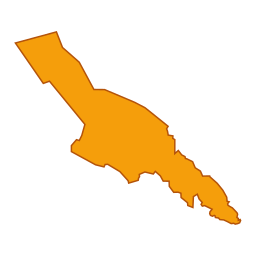 outline of Peshku, Bukhoro, Uzbekistan
{"feature_id": "79887680B78868749126062", "entity_name": "Peshku", "entity_type": "district", "adm_level": 2, "iso_a3": "UZB", "parent_name": "Uzbekistan", "parent_adm1": "Bukhoro", "projection": "mercator", "projection_center": [63.754, 40.677], "detail": "fine", "context": "isolated", "style": "filled", "palette": "amber", "viewbox_px": 256, "rotation_deg": 0, "n_neighbors": 0, "source": "geoboundaries", "source_scale": "gbopen_adm2", "svg_char_len": 1334}
<svg xmlns="http://www.w3.org/2000/svg" viewBox="0 0 256 256"><path d="M192.9,207.5L193.4,196.6L197.3,194.2L199.1,199.0L202.2,202.4L201.1,204.4L202.3,206.1L204.7,205.6L212.1,209.2L210.0,211.8L209.7,213.7L210.5,215.4L212.5,216.2L214.2,215.4L215.0,215.8L215.4,217.5L218.5,218.0L219.9,219.6L223.7,219.9L227.4,221.6L231.2,223.6L233.8,223.3L235.2,224.1L237.7,223.6L239.6,222.8L240.6,220.5L240.1,219.5L238.3,220.3L238.3,218.4L236.9,217.5L237.6,214.3L237.2,213.1L236.0,211.7L232.4,207.9L229.2,206.1L227.8,205.0L227.7,203.6L229.1,201.8L227.1,201.3L226.7,197.2L222.8,190.2L217.2,183.3L210.0,176.9L209.7,176.0L202.6,176.1L200.4,171.1L195.2,167.8L192.6,161.7L186.8,158.8L185.4,158.5L185.0,156.6L181.7,154.9L178.3,150.5L174.8,153.6L174.8,139.6L172.8,138.4L172.9,135.9L168.2,135.1L167.5,131.2L166.6,128.8L168.1,126.3L145.1,107.8L134.8,102.4L104.6,89.6L93.9,89.5L79.2,62.2L62.5,47.5L56.4,31.9L15.4,43.0L43.3,83.4L49.5,81.2L84.9,124.4L81.8,135.4L79.3,140.5L76.5,139.7L71.4,145.6L71.4,151.6L95.6,164.8L104.0,166.9L105.1,164.5L107.7,164.3L119.9,171.6L128.1,180.7L128.7,183.1L138.2,180.3L138.6,178.0L139.5,176.7L139.3,174.4L144.9,172.0L153.3,174.0L155.3,171.4L160.3,175.8L163.2,181.1L169.1,181.2L169.3,186.4L173.7,192.3L178.1,192.2L180.9,193.2L181.1,197.5L187.5,202.7L187.8,205.5L192.9,207.5Z" fill="#f59e0b" stroke="#b45309" stroke-width="1.5"/></svg>